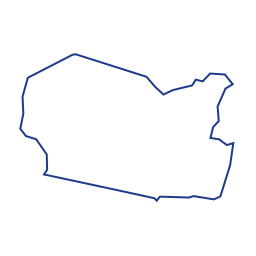 Tucker, West Virginia, United States of America, rotated 356°
{"feature_id": "52423323B12346389629957", "entity_name": "Tucker", "entity_type": "district", "adm_level": 2, "iso_a3": "USA", "parent_name": "United States of America", "parent_adm1": "West Virginia", "projection": "mercator", "projection_center": [-79.514, 39.117], "detail": "fine", "context": "isolated", "style": "outline", "palette": "blue", "viewbox_px": 256, "rotation_deg": 356, "n_neighbors": 0, "source": "geoboundaries", "source_scale": "gbopen_adm2", "svg_char_len": 606}
<svg xmlns="http://www.w3.org/2000/svg" viewBox="0 0 256 256"><g transform="rotate(356 128 128)"><path d="M25.6,128.9L35.6,132.8L45.1,148.7L44.4,163.9L41.0,168.5L97.2,184.7L149.5,199.9L151.6,202.5L155.1,198.7L183.9,201.6L188.7,200.5L208.7,205.2L215.4,202.7L227.3,172.1L232.0,150.4L225.5,151.9L218.0,145.6L209.6,143.7L213.0,133.0L219.0,127.4L218.9,112.7L228.0,95.5L235.5,91.6L228.4,81.4L213.7,79.4L205.8,86.7L199.0,84.5L194.9,90.0L175.4,93.3L165.7,97.1L158.0,88.9L150.0,78.2L80.9,50.8L77.6,51.1L31.6,70.9L25.0,89.3L24.6,106.4L20.5,121.2L25.6,128.9Z" fill="none" stroke="#1e3a8a" stroke-width="2"/></g></svg>